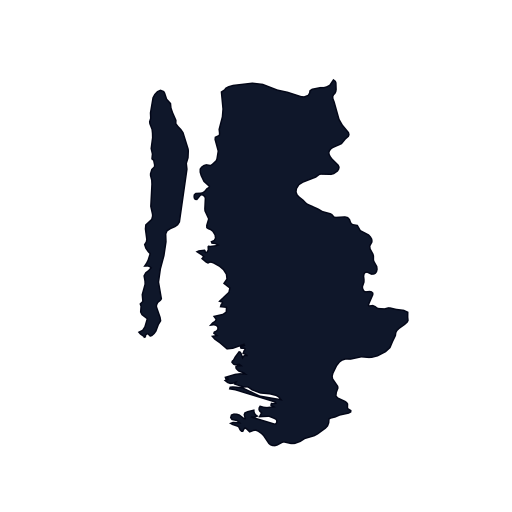 the border of Kalmar, rotated 159°
{"feature_id": "SWE-180", "entity_name": "Kalmar", "entity_type": "County", "adm_level": 1, "iso_a3": "SWE", "parent_name": "Sweden", "parent_adm1": "", "projection": "robinson", "projection_center": [16.294, 57.172], "detail": "fine", "context": "isolated", "style": "filled", "palette": "ink", "viewbox_px": 512, "rotation_deg": 159, "n_neighbors": 0, "source": "natural_earth", "source_scale": "10m", "svg_char_len": 6123}
<svg xmlns="http://www.w3.org/2000/svg" viewBox="0 0 512 512"><g transform="rotate(159 256 256)"><path d="M324.9,94.1L326.6,97.8L327.9,99.5L329.6,98.6L331.2,97.1L332.3,97.6L333.1,99.5L333.3,102.6L334.2,103.8L338.3,107.2L339.6,108.8L337.0,108.8L331.1,106.1L332.5,109.1L337.0,112.0L337.5,114.2L335.9,116.3L333.3,116.3L330.6,115.1L328.6,113.5L325.6,108.6L324.3,108.1L323.8,112.1L322.5,113.5L319.4,113.6L313.3,112.8L313.8,111.1L313.8,109.4L313.3,107.7L312.2,106.1L315.6,106.2L318.5,107.6L298.7,92.2L297.3,92.3L296.1,93.4L295.5,95.2L295.9,96.5L297.1,97.9L301.3,101.8L310.2,104.7L307.0,107.6L308.0,109.6L308.2,111.4L307.5,113.0L306.0,114.2L303.1,112.0L300.1,110.5L293.4,108.8L295.5,111.4L294.4,112.8L293.3,112.1L290.3,111.4L290.3,112.8L323.3,138.6L328.1,141.4L327.1,142.7L324.5,142.0L317.1,138.4L315.0,136.7L302.8,123.9L284.1,112.8L285.3,116.4L287.1,118.6L292.3,122.3L301.0,126.6L307.6,132.5L309.7,135.8L310.9,137.0L314.5,138.2L321.7,144.1L319.7,145.5L322.9,145.5L325.7,146.3L327.8,148.1L329.4,150.8L326.0,150.8L326.0,152.2L328.1,152.2L328.1,153.7L317.8,152.9L313.1,151.7L308.2,149.5L309.3,151.3L313.4,154.9L314.8,158.0L314.5,159.7L312.5,160.0L309.2,158.9L310.5,161.0L314.1,161.7L315.6,163.0L316.5,165.4L315.8,166.3L314.3,166.8L311.5,169.2L306.1,172.6L305.2,171.8L304.9,170.0L305.0,165.8L303.8,166.8L302.4,167.1L301.0,166.8L299.6,165.8L301.1,168.1L302.9,169.7L300.7,172.1L299.6,172.6L299.6,173.9L303.0,175.3L303.0,176.6L298.8,176.6L298.8,177.9L310.7,178.2L316.3,179.7L320.7,187.9L324.2,193.1L325.5,196.6L321.0,195.7L323.0,199.0L322.1,199.9L319.9,200.0L317.8,201.1L317.0,203.5L317.9,205.5L320.0,207.0L323.0,207.7L320.5,209.0L317.6,209.6L315.8,211.0L316.8,214.6L307.7,213.3L303.8,214.3L301.9,218.7L307.2,221.4L305.8,223.2L304.2,224.0L303.8,224.9L306.2,226.8L294.3,231.7L291.8,235.5L295.7,241.9L291.3,244.9L290.1,249.6L291.2,254.9L293.6,259.4L298.1,264.8L299.8,266.2L301.4,266.9L303.3,266.7L304.7,268.2L307.3,272.9L305.0,274.0L306.0,276.3L309.5,281.1L307.5,281.2L302.0,279.8L301.8,279.2L302.0,277.4L300.9,277.1L299.9,277.3L298.3,278.9L297.3,281.8L296.7,282.1L295.5,281.3L289.3,279.8L287.3,279.8L289.7,282.4L292.5,283.8L292.5,285.3L289.4,285.4L287.3,287.2L286.6,290.4L287.4,294.6L288.9,297.0L290.7,298.6L291.7,300.1L291.0,302.2L286.8,307.6L287.4,316.4L286.8,318.4L282.6,328.0L282.5,329.8L283.7,332.0L285.7,333.0L291.0,330.0L292.4,330.7L292.8,332.3L292.3,334.1L291.5,335.3L289.7,335.9L285.5,334.5L283.2,334.1L280.8,334.6L277.6,336.4L275.2,336.8L274.5,337.8L277.8,344.3L278.3,350.7L278.0,354.3L276.9,357.1L274.9,358.4L272.2,359.1L269.7,358.9L266.0,356.7L264.0,357.1L258.9,359.2L257.5,360.8L253.6,367.5L252.4,379.4L251.4,381.4L247.0,381.7L246.0,383.6L245.0,387.4L237.5,397.9L234.1,405.0L229.5,421.5L225.7,422.3L224.1,423.4L221.0,423.8L216.2,423.4L197.5,418.6L188.3,413.8L176.6,403.2L167.9,397.5L157.0,388.7L154.1,387.2L149.6,387.2L147.5,388.9L146.3,390.9L143.8,391.5L135.6,390.1L132.3,388.8L129.4,388.5L125.9,388.9L120.6,392.6L119.4,390.6L119.4,389.0L121.6,382.7L122.7,380.9L124.1,379.6L125.9,378.8L127.3,377.4L127.9,375.3L127.9,371.8L129.6,353.8L128.6,347.3L125.5,338.1L125.8,336.0L126.9,334.7L130.7,333.3L136.0,330.3L145.6,329.8L147.6,329.3L149.6,328.1L150.9,326.7L151.4,324.8L151.2,322.2L150.4,319.3L146.8,311.3L146.7,309.2L147.7,307.6L149.5,306.2L153.9,305.1L156.7,305.4L166.2,309.3L167.8,309.5L171.9,308.3L185.9,308.2L190.4,307.3L194.1,304.5L195.8,301.4L195.8,298.3L194.7,295.6L192.1,291.2L190.7,287.8L189.6,286.0L181.0,277.3L178.2,273.7L171.5,268.8L170.4,267.5L169.2,264.2L167.5,263.3L159.0,260.6L156.7,259.0L155.7,256.5L155.8,253.6L155.5,251.9L154.4,250.5L150.5,248.2L149.6,242.3L143.4,235.3L142.4,232.7L142.0,230.3L142.4,228.5L142.9,227.5L146.3,224.6L147.0,221.7L146.2,215.8L146.4,213.9L147.9,210.0L147.9,208.3L147.1,202.9L147.8,200.2L149.2,198.2L150.8,197.2L152.4,197.0L154.7,197.7L157.7,200.9L158.9,201.4L160.2,201.5L161.5,200.7L162.8,198.7L163.7,195.2L164.6,193.0L167.8,189.1L168.2,187.1L168.0,185.1L167.4,183.8L166.2,183.1L162.6,182.1L161.1,181.1L160.3,179.5L160.9,178.0L168.1,170.7L168.7,169.4L168.2,168.7L164.8,167.9L162.9,166.0L161.8,164.1L160.5,163.0L155.0,160.5L151.0,160.1L149.3,159.3L144.5,156.0L137.6,152.3L134.5,149.1L136.3,144.6L137.2,141.4L138.5,140.2L141.8,138.9L148.4,137.2L151.2,136.0L153.0,134.4L154.4,131.8L159.1,127.4L163.8,122.5L169.4,120.3L178.3,119.3L184.2,120.0L187.0,120.9L193.8,124.2L204.7,125.9L209.3,127.8L213.0,128.0L216.1,127.2L220.1,124.8L226.2,119.1L228.0,116.6L228.6,113.9L226.5,105.1L226.9,103.4L229.9,100.0L231.6,96.8L230.7,94.2L225.1,88.4L224.0,86.7L223.6,85.0L224.9,81.9L225.1,80.6L222.9,77.7L223.5,76.5L225.9,76.2L234.9,77.6L239.8,77.4L244.5,78.0L246.4,77.6L247.9,74.3L250.1,71.8L253.0,70.4L262.3,67.9L266.0,67.4L275.9,68.2L281.2,67.1L287.1,67.2L290.6,68.5L296.6,72.5L298.3,72.7L304.0,72.0L306.4,72.2L308.5,73.2L310.1,74.6L311.1,76.4L313.2,85.6L314.4,88.3L316.6,91.6L318.6,93.5L320.9,94.1L324.9,94.1ZM392.6,226.8L388.4,227.2L385.1,229.6L379.9,236.4L383.4,242.1L383.7,245.1L381.3,250.2L381.2,252.7L377.9,254.1L376.0,260.7L369.6,269.4L368.6,272.3L367.6,277.5L364.9,279.8L361.5,280.8L358.1,282.5L359.0,284.2L360.3,285.4L363.5,286.5L360.5,288.6L358.2,290.7L353.9,296.1L355.0,298.7L356.0,302.8L355.8,306.6L353.4,308.3L352.0,310.5L349.5,320.9L347.7,324.5L340.2,327.5L338.2,330.3L337.6,332.1L336.4,340.0L327.4,360.3L326.1,364.2L325.6,368.8L325.0,370.5L322.2,374.1L318.9,375.5L318.0,377.2L317.1,382.6L318.1,383.2L318.2,384.2L316.1,388.3L315.3,393.9L310.1,403.5L308.6,407.7L307.6,411.4L307.6,417.5L307.1,419.5L304.9,422.3L303.2,427.4L295.4,440.6L292.6,443.0L289.1,444.7L285.8,444.9L283.3,442.6L283.0,440.9L283.3,434.4L281.2,429.0L282.4,424.7L282.6,419.8L282.2,411.4L283.5,408.3L282.5,404.8L280.9,401.0L280.0,397.2L281.1,380.2L281.6,378.3L284.3,372.1L287.9,367.5L289.4,361.8L315.3,315.3L318.0,313.3L321.2,312.5L326.0,312.3L330.1,311.4L332.4,309.0L335.0,301.5L341.9,289.3L349.9,278.3L356.4,266.6L359.7,250.0L361.1,249.0L364.4,247.9L366.4,246.0L367.2,244.3L367.6,233.1L368.3,229.7L371.7,227.1L376.4,221.8L378.9,220.2L381.8,219.1L383.4,219.2L384.7,222.1L386.0,222.4L387.4,221.8L388.3,220.2L389.4,220.2L389.4,221.0L391.8,224.6L392.6,226.8Z" fill="#0f172a" stroke="#020617" stroke-width="1.5"/></g></svg>